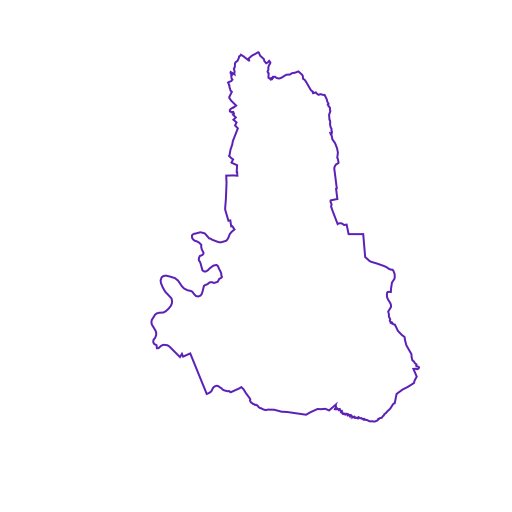 outline of Sacalaseni, Maramures, Romania, rotated 251°
{"feature_id": "2599482B62680396283899", "entity_name": "Sacalaseni", "entity_type": "district", "adm_level": 2, "iso_a3": "ROU", "parent_name": "Romania", "parent_adm1": "Maramures", "projection": "natural_earth1", "projection_center": [23.568, 47.575], "detail": "fine", "context": "isolated", "style": "outline", "palette": "violet", "viewbox_px": 512, "rotation_deg": 251, "n_neighbors": 0, "source": "geoboundaries", "source_scale": "gbopen_adm2", "svg_char_len": 6057}
<svg xmlns="http://www.w3.org/2000/svg" viewBox="0 0 512 512"><g transform="rotate(251 256 256)"><path d="M376.4,374.1L378.5,373.7L381.6,373.9L385.9,373.3L386.5,371.9L388.1,369.5L388.0,367.7L389.3,366.6L391.2,365.8L391.3,363.0L391.9,362.9L392.7,363.3L394.9,361.9L405.1,359.9L406.8,359.3L408.3,358.2L411.1,358.9L412.5,358.5L416.7,356.2L416.6,352.3L417.1,350.2L417.0,348.8L416.5,347.1L417.4,344.3L417.3,342.4L416.3,338.4L416.2,336.2L416.5,335.1L417.7,333.4L419.3,332.3L419.9,330.3L419.6,330.0L418.7,329.9L418.4,329.0L417.9,328.7L418.0,327.3L418.7,327.1L419.3,327.7L419.3,326.7L420.6,325.8L424.7,327.5L425.5,327.0L426.7,327.0L427.8,328.2L430.2,329.0L431.9,330.2L433.6,332.2L434.4,332.6L436.2,332.0L435.2,330.2L434.9,328.4L437.4,327.4L439.7,327.5L444.1,325.1L447.4,324.9L447.9,324.5L447.9,324.0L447.1,320.1L447.0,318.5L446.5,316.7L445.1,313.4L443.1,313.2L443.2,312.8L449.1,309.0L451.2,307.2L450.6,306.6L450.2,305.0L448.9,304.3L446.5,302.0L445.9,299.9L444.9,298.8L441.4,297.4L440.4,296.1L437.2,295.8L436.0,295.0L434.8,294.8L438.2,292.0L438.0,291.8L437.0,291.5L435.6,292.5L435.1,292.4L435.2,291.5L432.1,290.7L430.4,291.1L430.3,290.6L429.6,289.9L429.4,289.2L429.3,286.5L429.0,286.0L426.2,286.4L426.1,286.2L423.9,285.9L420.6,285.8L419.1,286.6L414.9,282.4L414.3,282.2L410.9,283.1L404.7,286.2L403.6,282.8L403.9,282.6L403.2,279.8L402.5,278.8L401.3,278.4L400.7,278.7L399.9,280.5L399.4,280.4L399.5,281.4L397.6,281.5L397.1,280.3L393.6,282.0L392.2,279.0L388.6,281.1L386.2,278.7L382.6,280.4L372.3,271.6L369.1,269.8L364.7,266.4L359.8,263.7L359.4,263.1L356.4,264.6L354.8,265.8L352.3,263.2L352.0,263.4L348.0,267.7L341.7,265.1L341.5,265.5L338.0,264.5L339.5,261.0L341.7,254.0L334.6,251.9L319.5,246.0L310.8,242.2L309.3,241.9L298.3,241.4L298.0,243.3L292.1,242.2L291.9,243.3L288.1,244.3L286.9,241.1L285.4,238.5L281.8,235.4L280.4,233.4L280.1,232.5L280.3,227.8L280.7,226.2L281.7,224.6L285.6,219.9L287.2,218.7L287.8,217.5L293.7,215.1L294.4,214.5L296.4,211.4L296.6,210.8L296.9,206.0L297.2,204.6L296.8,202.9L296.3,202.2L295.0,201.7L293.5,201.5L292.0,202.0L290.3,203.1L289.2,204.7L287.4,206.4L284.4,207.9L282.2,207.1L280.2,206.9L276.2,207.4L275.1,206.9L274.4,205.6L274.3,202.9L273.0,201.7L271.2,200.7L270.2,200.6L268.8,201.1L267.5,201.2L260.0,200.7L258.8,201.4L257.8,202.7L257.8,204.3L258.3,206.1L259.3,208.0L260.6,211.8L260.8,213.2L260.3,215.9L258.5,216.8L256.6,216.8L252.6,217.4L250.7,217.4L248.5,216.9L247.3,217.0L246.8,216.3L246.3,213.8L244.1,211.4L244.1,208.9L244.3,207.3L245.7,205.6L246.1,203.8L245.8,202.5L245.2,201.2L245.0,197.9L244.6,197.0L239.7,193.8L237.5,192.1L236.6,190.4L236.5,188.2L237.7,186.2L240.5,184.9L242.6,184.3L243.8,183.5L246.0,180.0L248.7,177.4L251.4,176.1L258.1,174.3L261.4,172.2L264.4,168.2L266.8,164.4L267.2,162.1L266.7,160.0L264.1,157.9L261.3,157.3L256.7,157.6L251.9,158.5L243.4,162.3L240.6,161.9L238.7,161.1L236.6,159.3L234.6,156.1L233.2,152.8L232.7,150.2L233.9,145.8L234.0,143.2L233.3,141.4L229.5,136.7L227.6,135.6L225.2,135.2L218.1,136.7L215.6,136.6L213.5,135.7L211.5,134.0L210.2,131.9L208.6,131.0L207.5,130.8L205.8,131.2L204.1,132.9L201.1,132.3L200.6,133.8L201.8,136.6L202.2,138.8L202.0,140.0L200.4,143.3L198.5,144.7L185.2,151.2L187.6,154.1L184.6,154.3L185.3,162.1L141.6,164.5L141.8,167.3L142.3,169.0L143.1,170.3L145.2,172.3L145.8,173.4L146.1,174.4L146.2,176.1L145.6,177.6L141.8,180.5L140.5,181.0L139.3,182.2L137.3,185.2L137.1,186.6L135.6,187.4L135.4,187.9L136.3,197.3L136.8,199.4L134.2,200.8L130.0,201.7L122.6,204.0L121.2,203.2L119.1,203.6L118.7,204.1L117.1,205.0L116.9,205.6L115.7,206.3L115.4,207.5L114.9,207.6L114.3,208.6L112.1,209.4L110.8,210.4L110.6,211.0L108.6,212.9L107.2,214.9L106.8,217.5L104.7,223.2L100.5,229.4L98.3,234.8L89.6,251.7L90.5,256.1L91.3,264.3L90.0,267.6L88.9,271.9L86.2,274.8L89.4,282.9L88.9,282.5L88.2,282.8L86.6,282.1L85.9,281.7L85.9,281.0L85.5,280.7L84.9,281.8L85.2,282.5L85.0,283.0L85.3,283.2L84.4,283.7L84.3,284.4L83.6,284.2L83.8,285.4L81.9,285.5L81.7,286.3L81.2,285.7L80.5,285.5L80.2,285.8L80.1,286.8L79.2,286.9L79.0,286.5L78.4,286.6L78.1,287.1L78.1,288.5L77.3,288.5L76.9,288.8L76.9,289.5L77.3,290.2L76.6,290.9L76.7,291.4L76.2,291.6L76.0,291.0L75.5,290.9L75.6,292.0L74.0,292.5L74.4,292.7L74.2,293.1L74.9,293.4L74.7,293.9L74.2,293.8L73.3,294.6L72.1,294.4L72.3,294.8L72.0,295.3L72.2,296.0L72.1,296.6L70.9,296.5L70.5,297.3L70.8,297.8L69.8,298.8L69.8,299.3L69.2,299.6L69.7,300.4L70.2,300.2L70.3,300.5L69.2,301.2L68.4,302.2L68.4,302.9L67.5,303.3L67.1,304.4L66.4,304.4L66.6,305.3L65.8,305.5L65.7,306.2L65.2,306.5L64.7,307.7L62.9,309.3L62.1,311.1L62.0,312.2L61.3,313.0L60.8,314.5L61.0,317.2L61.4,318.0L62.1,318.5L61.9,319.3L62.4,319.9L62.1,322.2L63.3,323.8L63.5,324.7L64.8,326.1L65.1,327.5L66.3,329.5L67.9,333.1L71.2,337.3L71.6,338.1L71.6,339.2L79.8,344.0L82.0,351.1L82.9,357.5L84.5,364.0L86.6,365.4L89.6,368.7L98.0,368.1L97.3,370.5L96.5,371.4L96.5,371.8L96.6,373.0L97.7,373.9L98.8,373.1L99.5,371.8L100.3,371.8L101.2,372.4L103.0,371.3L104.8,371.0L106.5,369.9L109.6,370.2L112.6,371.0L122.6,369.1L127.9,369.5L131.1,370.1L134.0,368.1L139.0,365.8L145.9,365.0L146.1,364.4L148.0,362.5L148.0,363.1L148.4,363.2L149.3,362.7L149.3,361.8L151.2,361.4L152.4,362.3L155.4,361.9L157.6,362.7L160.4,362.9L163.8,367.0L165.5,367.6L167.3,367.7L171.8,366.7L174.2,366.5L176.6,367.1L178.3,367.8L179.1,368.7L179.0,369.6L178.1,371.8L181.3,373.1L186.6,375.9L189.3,379.4L190.8,380.3L193.9,381.2L197.2,381.1L198.6,380.6L199.1,379.3L200.5,377.5L202.7,376.0L205.0,373.6L209.5,367.9L213.0,363.0L214.5,361.6L219.5,358.9L241.8,364.5L246.5,350.7L256.2,351.9L256.6,349.4L258.7,347.9L259.6,346.3L259.9,344.6L259.6,343.6L273.3,343.1L278.3,343.1L280.3,344.3L282.7,344.1L284.1,344.5L284.3,344.7L283.4,351.5L293.5,353.6L293.6,354.4L313.3,358.5L314.4,359.1L316.0,360.7L316.6,361.8L316.9,363.9L317.3,364.4L320.8,365.0L322.4,364.8L327.1,367.1L331.4,367.7L336.9,367.5L341.5,366.2L344.5,366.7L347.5,366.3L347.9,366.3L347.1,367.4L348.8,368.3L349.7,368.0L351.4,368.8L353.5,368.5L356.7,368.9L357.8,369.6L360.3,370.1L360.9,369.8L365.8,371.1L368.8,373.5L370.1,373.5L372.2,374.2L374.3,373.3L375.0,373.6L375.8,373.2L376.4,374.1Z" fill="none" stroke="#5b21b6" stroke-width="2"/></g></svg>